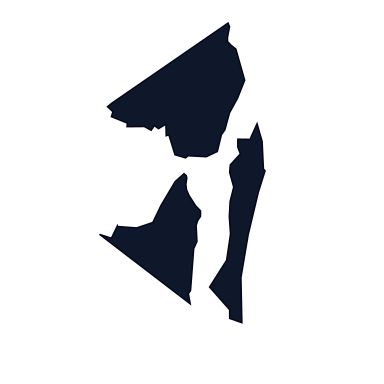 outline of Aransas, United States of America, rotated 336°
{"feature_id": "52423323B95001910303654", "entity_name": "Aransas", "entity_type": "district", "adm_level": 2, "iso_a3": "USA", "parent_name": "United States of America", "parent_adm1": "", "projection": "equal_earth", "projection_center": [-97.0, 28.078], "detail": "fine", "context": "isolated", "style": "filled", "palette": "ink", "viewbox_px": 384, "rotation_deg": 336, "n_neighbors": 0, "source": "geoboundaries", "source_scale": "gbopen_adm2", "svg_char_len": 1096}
<svg xmlns="http://www.w3.org/2000/svg" viewBox="0 0 384 384"><g transform="rotate(336 192 192)"><path d="M293.7,52.3L155.0,78.2L149.5,79.7L152.4,86.5L149.0,90.4L160.9,102.7L159.2,105.9L175.1,112.8L179.8,119.0L184.6,116.0L187.1,120.5L195.7,119.5L191.3,130.1L194.1,130.4L191.6,151.1L200.0,158.2L203.1,157.3L219.4,165.6L231.6,165.3L242.1,151.7L247.4,148.5L258.5,134.9L271.7,124.9L285.6,111.3L290.2,79.2L287.3,73.7L285.7,69.0L287.3,65.2L293.5,56.3L293.7,52.3ZM110.0,192.6L99.6,201.4L90.3,193.1L144.9,293.5L147.3,283.4L150.6,281.4L170.5,244.5L176.4,239.2L182.2,224.2L185.7,220.3L189.9,217.7L192.1,212.7L189.7,205.9L187.9,194.1L187.9,187.9L189.5,182.6L193.0,177.0L193.4,174.7L192.2,172.0L180.9,175.6L158.4,191.5L143.8,203.9L126.8,202.3L109.9,193.2L110.0,192.6ZM169.4,286.0L178.5,314.9L175.0,322.8L184.4,331.7L201.9,290.1L226.0,253.8L252.5,219.2L267.4,202.3L266.6,200.1L276.6,174.4L279.2,156.1L266.4,167.5L255.3,162.4L252.1,169.6L251.7,176.8L238.0,182.8L234.4,189.3L232.1,204.5L223.0,216.1L216.0,229.8L210.1,246.0L195.9,268.4L169.4,286.0Z" fill="#0f172a" stroke="#020617" stroke-width="1.5"/></g></svg>